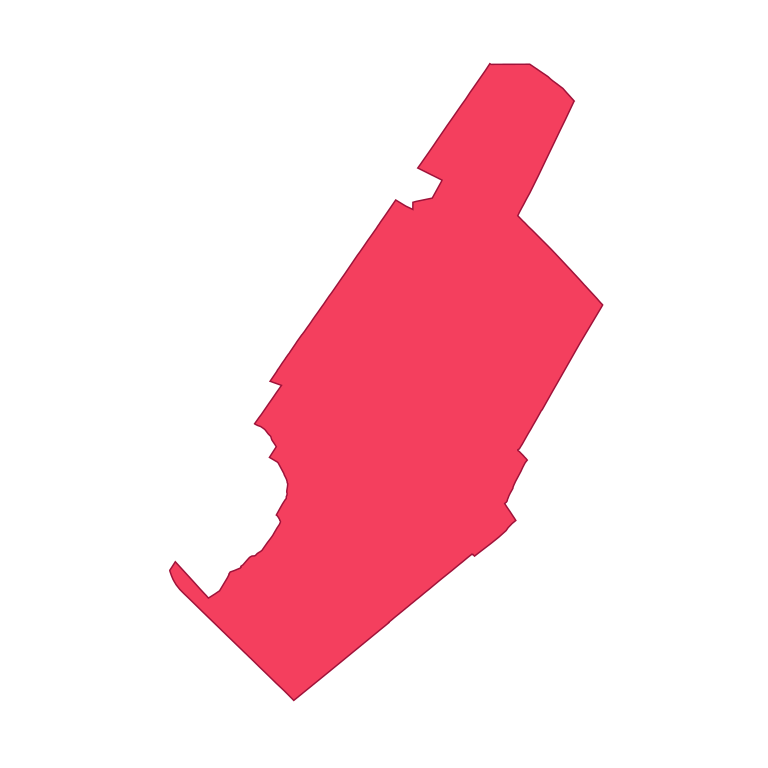 Stalpu, Buzau, Romania, rotated 166°
{"feature_id": "2599482B31548531217148", "entity_name": "Stalpu", "entity_type": "district", "adm_level": 2, "iso_a3": "ROU", "parent_name": "Romania", "parent_adm1": "Buzau", "projection": "robinson", "projection_center": [26.725, 45.071], "detail": "fine", "context": "isolated", "style": "filled", "palette": "rose", "viewbox_px": 768, "rotation_deg": 166, "n_neighbors": 0, "source": "geoboundaries", "source_scale": "gbopen_adm2", "svg_char_len": 4862}
<svg xmlns="http://www.w3.org/2000/svg" viewBox="0 0 768 768"><g transform="rotate(166 384 384)"><path d="M203.8,669.2L209.2,664.2L211.0,662.6L215.7,658.5L223.7,651.5L226.1,649.4L229.6,646.4L236.1,640.4L240.5,636.7L244.4,633.3L253.5,625.3L260.0,619.7L269.2,611.5L273.4,607.8L277.6,604.0L283.4,598.9L291.0,592.3L295.0,588.8L299.0,585.4L278.4,567.8L279.3,566.6L292.2,552.7L308.9,553.4L312.0,553.3L313.8,546.4L319.8,551.3L328.1,559.7L328.8,559.1L336.9,551.9L341.5,547.8L343.8,545.8L346.0,543.9L348.2,542.0L350.0,540.3L352.1,538.5L353.5,537.1L357.1,534.0L360.1,531.4L364.7,527.5L371.1,521.8L375.7,517.8L378.5,515.5L395.7,500.1L398.4,497.8L412.5,485.4L415.7,482.8L420.1,478.9L423.3,476.0L424.9,474.7L426.4,473.4L427.7,472.3L428.7,471.4L430.2,470.1L432.3,468.3L434.1,466.8L437.2,464.1L438.3,463.1L439.6,461.9L442.0,459.8L444.4,457.8L446.7,455.8L448.6,454.1L449.8,453.2L451.2,452.0L451.9,451.6L454.0,449.8L458.1,446.3L460.0,444.5L462.8,442.0L464.8,440.2L467.6,437.7L468.5,436.8L469.6,436.0L470.9,434.9L471.8,434.1L473.1,433.0L474.0,432.1L477.4,429.2L482.4,424.6L483.3,423.9L484.4,422.9L484.6,422.5L493.9,414.2L483.8,407.5L487.9,403.9L490.6,401.6L493.6,398.9L497.1,395.8L499.9,393.4L510.4,384.1L513.4,381.7L519.2,376.7L518.7,376.1L516.6,374.3L514.3,372.8L513.7,372.3L511.7,370.0L510.9,369.0L510.5,368.4L509.7,366.6L508.4,363.6L507.4,361.9L506.8,361.0L506.6,360.2L506.5,359.8L506.5,358.5L506.4,357.6L506.3,356.7L504.4,351.4L504.1,350.4L503.7,349.2L512.9,340.5L506.5,334.2L505.8,333.1L502.8,321.3L502.8,320.1L502.1,317.1L501.7,315.1L501.6,313.0L501.8,311.5L501.5,310.7L501.9,309.4L502.6,307.5L503.6,305.2L504.0,304.3L504.2,303.5L504.5,302.8L504.5,302.3L504.5,301.6L504.5,301.2L504.6,300.8L504.9,300.2L505.0,299.8L505.2,299.4L505.6,299.0L506.2,298.1L506.3,297.4L506.5,296.6L507.9,295.6L511.4,292.3L515.3,288.2L520.2,282.9L519.4,281.9L518.7,280.0L518.1,277.9L518.1,277.0L517.7,275.9L517.9,275.1L519.4,273.1L522.6,270.2L526.9,265.8L528.3,264.3L529.5,263.2L532.3,260.9L534.7,259.0L535.8,258.1L539.6,254.8L540.5,254.0L542.1,252.6L542.5,252.2L543.6,251.7L544.0,251.5L545.2,251.1L546.0,250.9L548.0,250.2L549.2,249.4L550.0,248.9L550.8,248.6L551.2,248.6L552.0,248.7L552.9,248.9L554.0,249.0L554.8,248.8L556.4,248.3L559.1,246.5L564.5,242.7L567.0,241.7L566.9,241.0L568.0,240.2L574.4,239.2L578.7,238.8L580.5,237.1L580.4,236.7L582.9,233.8L584.8,231.9L593.6,223.1L594.8,222.7L598.5,221.3L603.6,219.6L606.2,218.8L607.8,222.0L608.9,223.9L612.1,229.7L617.2,239.3L622.3,248.7L629.5,262.0L634.7,257.1L636.9,255.1L637.0,254.6L637.0,254.0L636.7,250.6L636.7,250.4L636.6,249.7L636.6,249.4L636.1,246.3L636.1,246.0L635.3,242.9L634.7,241.0L634.4,239.9L634.1,239.1L633.1,236.9L631.8,234.0L631.6,233.7L630.2,231.3L628.7,228.8L626.1,224.7L619.3,213.7L615.5,207.5L606.1,192.4L600.6,183.5L584.4,157.5L584.3,157.3L583.1,155.5L580.3,150.9L580.1,150.7L573.0,139.1L567.0,129.5L561.1,119.9L555.3,110.9L553.5,107.9L548.8,100.0L548.1,98.8L503.2,119.9L455.7,142.4L436.9,151.3L437.1,151.6L435.4,152.4L432.9,153.6L430.9,154.6L428.6,155.7L423.9,157.9L420.7,159.4L417.2,161.1L415.2,162.0L412.5,163.3L410.9,164.1L409.3,164.8L406.8,166.0L405.2,166.8L402.3,168.1L398.1,170.1L395.9,171.2L392.9,172.6L390.9,173.5L389.0,174.4L384.7,176.5L382.2,177.7L379.3,179.1L374.9,181.2L369.5,183.7L363.6,186.4L358.2,189.0L354.4,190.8L350.9,192.4L346.6,194.5L344.1,195.7L341.2,197.0L339.9,197.6L339.6,197.1L339.0,197.2L337.8,195.1L332.6,197.4L324.8,200.8L317.7,203.9L309.7,207.6L301.0,212.2L298.3,214.6L293.5,217.6L289.1,219.7L290.0,222.4L291.3,226.0L292.5,229.5L294.6,235.1L295.7,238.4L295.8,238.9L295.4,239.0L294.5,239.5L293.9,239.7L293.5,240.1L292.9,240.6L291.8,242.6L291.2,243.3L290.0,245.1L288.1,247.4L284.3,251.4L283.6,252.9L282.3,254.7L279.8,257.8L277.7,260.1L272.2,266.2L269.5,269.6L266.4,273.1L265.7,273.7L265.0,274.3L263.4,275.5L264.3,277.4L265.3,279.1L266.1,280.7L268.0,283.9L268.8,285.3L269.6,286.4L270.1,286.9L270.1,287.1L270.2,287.3L270.2,287.6L270.0,287.9L269.7,287.9L269.4,288.0L269.1,288.1L268.9,288.2L268.4,288.3L267.9,288.8L267.6,289.1L267.4,289.3L266.4,290.3L264.4,292.2L262.8,293.9L261.2,295.6L258.0,299.0L255.5,301.6L252.5,304.6L249.4,307.9L245.7,311.7L240.4,317.3L237.8,320.1L236.8,320.7L235.3,322.3L221.5,336.9L216.2,342.4L183.7,376.5L154.4,406.0L152.7,407.8L152.9,408.3L153.2,408.8L153.7,409.6L154.3,410.7L155.3,412.6L156.7,415.4L162.4,425.8L164.3,429.3L164.6,429.9L165.5,431.4L169.2,438.4L173.4,446.0L174.7,448.4L177.1,452.7L184.0,465.1L189.3,474.5L203.0,497.4L206.0,502.1L207.3,504.4L208.5,506.5L209.8,508.5L213.5,514.9L211.2,517.7L207.8,521.5L205.1,524.4L201.2,528.8L196.2,534.2L183.8,548.8L172.5,562.5L159.3,578.4L151.2,588.2L144.2,596.5L131.2,612.4L131.0,612.5L131.4,613.3L135.5,621.0L136.0,621.9L138.9,627.5L142.7,632.2L146.3,636.6L146.9,637.3L148.6,639.6L150.4,642.4L162.6,656.1L165.2,659.0L177.0,661.9L198.9,667.3L202.8,668.2L203.8,669.2Z" fill="#f43f5e" stroke="#9f1239" stroke-width="1.5"/></g></svg>